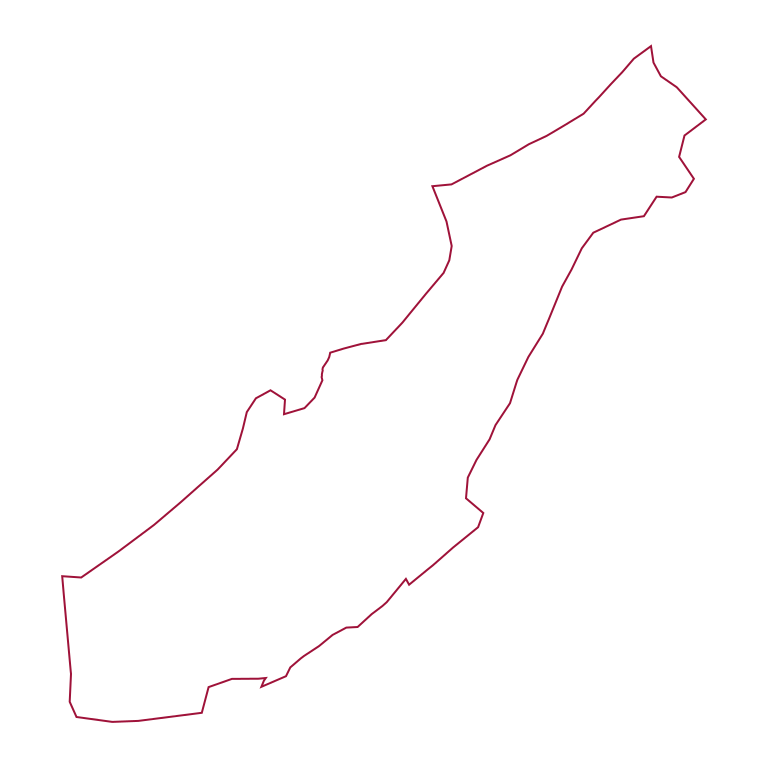 outline of Yenegoa, Bayelsa, Nigeria
{"feature_id": "59680162B64829234996535", "entity_name": "Yenegoa", "entity_type": "district", "adm_level": 2, "iso_a3": "NGA", "parent_name": "Nigeria", "parent_adm1": "Bayelsa", "projection": "mercator", "projection_center": [6.364, 5.065], "detail": "fine", "context": "isolated", "style": "outline", "palette": "rose", "viewbox_px": 768, "rotation_deg": 0, "n_neighbors": 0, "source": "geoboundaries", "source_scale": "gbopen_adm2", "svg_char_len": 1610}
<svg xmlns="http://www.w3.org/2000/svg" viewBox="0 0 768 768"><path d="M201.8,712.8L208.6,687.1L231.9,678.9L258.6,678.7L265.8,678.0L263.9,680.7L261.4,686.8L286.0,676.2L290.3,667.4L300.8,658.4L304.1,655.9L319.0,646.1L332.6,634.9L346.3,627.6L357.6,627.0L371.7,614.1L382.3,606.1L386.7,602.2L405.9,578.9L409.1,584.7L427.4,569.7L433.1,565.1L453.1,547.5L478.1,527.2L483.3,513.0L466.0,498.3L467.8,477.6L476.5,459.9L489.6,439.3L495.5,425.1L510.0,403.2L516.5,382.4L517.4,379.7L528.4,356.9L542.9,333.6L543.6,331.8L547.2,323.1L548.8,319.3L562.1,286.6L571.5,269.6L581.8,248.3L593.3,232.7L621.0,219.6L643.9,216.2L656.6,196.7L671.8,197.5L685.5,192.1L693.9,178.8L679.1,156.9L684.5,135.5L705.8,119.4L676.9,87.4L676.4,87.0L660.9,76.3L653.5,62.6L651.0,46.1L633.8,58.7L622.3,72.1L610.9,84.1L598.7,97.5L595.6,100.7L583.6,113.7L563.0,126.2L546.6,135.9L528.9,144.2L510.4,155.3L487.0,165.7L451.5,184.4L432.4,186.2L446.5,221.5L451.7,246.0L449.8,257.3L449.3,260.3L443.5,273.1L443.0,273.6L426.2,293.5L414.0,308.4L409.9,313.4L402.5,322.5L386.3,339.7L386.0,340.1L361.8,343.9L361.3,343.9L348.1,347.4L343.6,348.6L330.2,352.7L329.7,355.0L329.2,357.1L327.7,360.4L322.9,367.5L322.5,369.3L322.7,370.6L322.3,372.1L322.1,373.1L321.9,374.1L321.9,376.1L321.6,377.0L322.4,380.3L314.6,397.6L304.5,408.1L286.4,413.5L284.0,414.2L285.0,399.6L270.5,390.3L255.9,398.3L249.5,408.0L246.8,412.1L242.9,428.5L236.9,449.2L217.6,469.6L197.9,487.0L181.1,501.9L153.9,525.0L118.3,551.6L81.2,577.5L62.2,576.2L63.8,594.7L70.7,671.0L71.0,673.9L69.7,701.8L75.3,714.3L76.5,717.0L112.3,721.9L138.3,720.9L201.8,712.8Z" fill="none" stroke="#9f1239" stroke-width="2"/></svg>